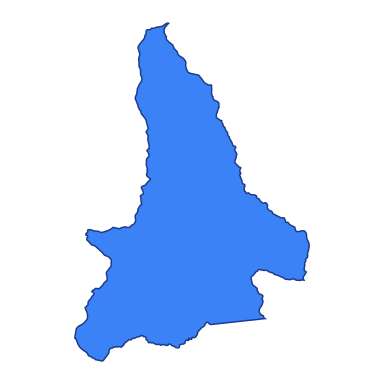 the district of El Águila, Valle del Cauca, Colombia
{"feature_id": "7082276B1381167873192", "entity_name": "El Águila", "entity_type": "district", "adm_level": 2, "iso_a3": "COL", "parent_name": "Colombia", "parent_adm1": "Valle del Cauca", "projection": "orthographic", "projection_center": [-76.062, 4.938], "detail": "fine", "context": "isolated", "style": "filled", "palette": "blue", "viewbox_px": 384, "rotation_deg": 0, "n_neighbors": 0, "source": "geoboundaries", "source_scale": "gbopen_adm2", "svg_char_len": 5998}
<svg xmlns="http://www.w3.org/2000/svg" viewBox="0 0 384 384"><path d="M168.6,23.4L168.0,23.0L166.0,23.7L162.9,25.9L161.6,26.4L157.9,27.1L156.3,27.2L154.4,28.2L151.7,28.2L150.3,29.6L147.8,29.7L146.7,30.0L146.2,30.6L146.0,34.1L145.1,35.1L144.6,37.5L143.8,39.3L141.8,41.4L140.4,43.5L139.4,44.4L138.0,47.2L138.1,48.3L139.9,54.4L138.7,58.6L139.0,62.3L139.0,66.5L140.4,69.1L140.7,75.1L141.9,77.6L141.9,79.5L141.5,81.0L139.3,84.6L137.4,88.6L136.8,93.8L135.4,96.9L135.3,98.2L135.5,99.4L136.4,101.2L137.8,105.1L138.2,107.1L139.6,109.7L140.5,110.8L140.9,111.7L141.2,113.5L144.8,118.0L146.1,120.3L147.2,125.0L148.1,127.6L148.0,129.3L146.3,131.3L146.2,132.3L147.7,134.8L148.0,135.8L147.9,140.1L149.1,145.3L149.2,147.6L148.8,148.6L147.5,149.7L146.9,150.6L147.3,151.4L148.0,152.0L148.4,153.0L148.9,154.5L149.0,155.9L148.7,156.6L146.8,158.6L146.5,159.3L146.3,165.3L147.4,168.5L147.0,170.2L147.7,171.2L147.1,172.2L146.5,174.6L146.8,175.8L150.4,179.1L150.5,179.6L148.6,181.1L145.2,185.2L142.1,186.4L141.4,187.1L141.4,188.1L142.9,190.9L143.5,193.1L143.1,193.9L141.1,195.3L140.4,196.0L140.9,198.2L141.1,201.8L141.5,203.1L141.5,204.2L139.8,206.0L138.5,208.2L138.0,209.0L137.8,211.6L135.3,215.3L135.1,217.0L135.7,219.6L135.5,221.1L134.9,222.7L133.6,224.4L131.6,225.2L129.6,227.4L127.4,227.4L125.0,226.8L122.8,227.5L121.4,227.5L120.6,228.4L120.0,228.6L118.6,228.6L113.3,227.4L112.5,227.7L111.9,228.4L109.0,230.2L102.3,232.4L100.9,232.4L97.9,231.2L94.9,231.1L90.4,229.7L88.6,229.7L87.8,230.0L87.6,230.4L87.6,232.0L87.3,232.9L86.2,233.3L85.8,234.2L86.0,235.2L87.4,235.7L87.7,236.2L87.7,237.1L86.9,237.9L86.9,239.8L91.5,244.7L92.4,245.2L94.5,245.7L95.7,246.5L102.3,252.5L104.5,255.2L107.6,256.4L109.0,257.2L111.3,259.9L111.4,260.3L111.1,263.7L111.3,265.8L106.7,272.0L106.3,272.9L106.4,274.2L107.1,277.1L107.2,279.6L107.0,280.2L104.0,283.0L102.8,285.1L99.6,288.3L98.4,288.7L95.7,288.4L91.9,291.2L92.0,291.9L93.9,293.1L94.0,294.1L93.6,294.8L91.9,296.5L91.1,298.3L88.6,301.1L88.0,302.8L88.1,304.1L87.8,305.1L85.2,307.5L85.3,308.5L87.1,312.4L87.6,316.1L87.4,318.9L84.4,322.6L82.6,324.1L79.9,325.5L77.7,327.0L76.2,329.1L74.8,338.1L76.0,339.0L77.8,343.7L79.6,346.9L81.7,349.0L84.1,350.8L85.1,351.3L87.4,353.3L88.4,355.7L91.2,356.8L92.5,357.9L93.9,358.2L95.5,359.6L99.6,360.5L102.6,361.0L103.6,360.1L108.5,353.6L109.0,351.9L108.9,351.0L110.1,348.6L110.6,348.2L112.3,348.1L113.2,347.1L115.0,347.2L116.2,346.5L116.9,346.9L117.4,347.0L118.3,346.6L118.8,346.8L119.0,346.6L119.8,346.6L121.2,347.2L122.6,346.1L122.9,345.3L123.9,344.9L124.3,343.5L129.3,339.5L129.8,339.5L130.9,339.9L132.4,338.6L135.2,338.0L136.9,337.0L138.9,336.8L141.1,335.6L141.4,335.8L142.8,335.6L143.7,336.7L144.6,336.5L145.4,336.9L146.2,337.9L146.0,338.9L146.1,339.7L147.6,340.2L148.2,342.1L148.7,342.7L150.5,342.5L151.6,342.9L152.6,342.5L154.1,343.6L155.2,343.8L156.0,344.4L157.8,344.6L158.6,344.3L159.3,344.3L160.7,345.2L161.4,345.1L162.0,344.4L163.0,344.7L164.3,344.6L165.6,345.3L167.2,345.4L168.2,345.0L169.0,344.1L170.0,344.0L172.2,345.7L174.4,346.5L175.8,347.5L176.8,347.8L178.8,347.8L179.5,346.9L179.5,345.3L180.2,344.6L181.6,344.2L183.2,344.1L184.8,343.4L185.7,340.4L186.8,340.0L187.6,340.3L188.0,339.8L188.2,340.4L188.5,340.4L189.2,339.5L189.1,338.4L190.8,339.3L191.4,339.3L191.8,338.9L191.8,337.7L193.1,337.4L194.4,337.7L195.8,336.8L197.2,334.7L197.8,332.0L201.2,328.1L203.8,326.3L205.1,324.7L205.8,323.1L207.0,322.2L207.9,322.3L209.6,324.1L210.9,324.5L264.9,318.6L264.0,318.1L263.8,317.0L262.9,315.4L261.5,315.1L261.0,314.5L260.2,314.1L259.1,311.3L259.5,308.8L260.2,307.5L261.5,306.0L262.9,302.3L262.9,300.4L262.0,299.4L262.8,296.7L262.8,295.8L262.0,294.9L258.5,293.5L258.2,292.0L257.3,290.9L257.2,288.4L252.8,284.9L252.4,284.2L251.0,278.3L251.3,277.2L252.0,276.2L253.6,274.9L256.2,271.6L257.3,271.2L258.7,269.5L259.4,269.5L263.2,270.3L266.9,270.4L268.9,271.8L273.3,273.1L274.6,274.5L277.7,275.3L283.3,277.8L285.2,279.1L290.0,279.7L292.7,278.9L294.8,279.2L296.0,280.2L300.3,280.4L302.1,279.9L304.0,280.2L303.2,278.4L303.2,277.1L306.2,272.4L306.0,271.6L304.5,270.7L304.1,269.8L304.4,267.1L304.8,265.5L304.6,263.1L305.8,260.9L305.6,259.2L307.2,257.7L307.7,256.2L307.5,253.2L308.5,250.4L308.5,249.1L309.0,247.9L309.2,245.6L308.8,243.0L306.8,238.6L306.3,233.3L304.9,231.3L304.4,231.0L302.3,230.7L298.1,231.7L296.3,231.3L295.5,230.3L294.8,227.4L294.5,226.9L292.2,226.0L289.7,224.6L287.9,222.3L285.9,222.3L285.5,222.1L285.3,220.4L284.2,217.9L281.3,217.8L279.9,217.3L273.1,213.8L271.6,211.2L271.3,211.0L270.2,211.0L269.3,210.4L267.5,208.5L267.3,207.6L267.6,205.3L266.9,203.9L265.9,202.8L265.1,202.7L263.5,203.2L262.9,203.2L260.3,201.1L259.1,199.0L257.6,198.4L256.6,197.7L256.4,196.0L256.1,195.6L255.1,195.3L254.9,195.0L254.3,194.8L251.3,194.8L248.2,192.8L247.2,193.3L246.0,193.0L245.5,191.7L244.5,191.3L244.3,189.2L243.9,187.5L245.0,186.5L244.6,185.4L244.7,184.6L242.7,183.7L241.8,181.7L241.9,180.3L241.5,179.8L241.3,178.8L240.5,177.7L240.4,176.3L239.9,175.9L239.6,175.0L239.6,174.2L240.5,174.0L240.8,173.6L239.7,171.0L240.0,169.6L240.8,168.0L240.4,167.4L239.0,167.0L234.9,162.8L235.1,160.0L236.1,158.1L236.1,156.5L236.8,154.6L236.2,152.5L234.5,150.3L234.6,149.6L235.8,147.6L235.7,147.1L235.0,146.2L233.6,146.1L233.1,145.8L231.8,142.3L229.5,138.3L229.2,136.8L228.1,135.6L227.6,134.4L227.7,133.3L227.4,132.3L225.8,130.5L224.9,127.6L224.5,127.1L223.5,126.5L223.0,125.6L223.0,124.3L221.4,121.6L221.7,120.7L219.8,120.1L218.2,118.8L217.0,118.3L216.5,117.6L216.3,115.4L216.4,114.0L217.2,112.4L218.3,108.4L219.1,107.3L218.8,105.7L219.0,104.0L218.7,102.9L217.7,101.6L214.8,100.5L213.4,99.2L213.1,98.5L212.9,96.7L212.1,95.7L211.5,93.5L211.7,89.9L211.5,85.2L211.1,85.0L208.8,85.1L205.2,83.3L204.0,82.1L201.9,79.1L198.6,75.1L191.0,73.5L188.3,72.5L187.8,71.9L186.4,68.8L185.6,65.9L185.9,62.5L185.3,60.9L183.2,58.2L179.4,55.8L178.4,54.9L177.8,54.0L177.3,51.9L174.2,48.5L172.9,45.3L171.8,44.2L169.3,42.3L167.0,40.1L166.4,39.2L166.1,38.1L166.4,36.8L164.2,33.0L164.1,29.6L165.0,27.2L166.0,26.4L166.8,25.0L168.6,23.4Z" fill="#3b82f6" stroke="#1e3a8a" stroke-width="1.5"/></svg>